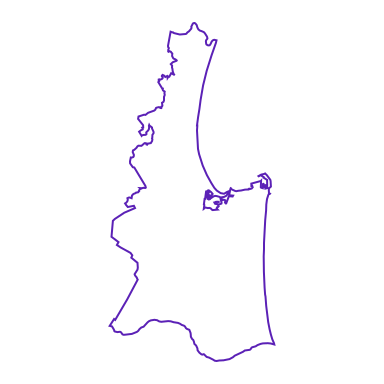 the district of Napier City, Hawke's Bay, New Zealand
{"feature_id": "76426892B22916001519888", "entity_name": "Napier City", "entity_type": "district", "adm_level": 2, "iso_a3": "NZL", "parent_name": "New Zealand", "parent_adm1": "Hawke's Bay", "projection": "mercator", "projection_center": [176.876, -39.479], "detail": "fine", "context": "isolated", "style": "outline", "palette": "violet", "viewbox_px": 384, "rotation_deg": 0, "n_neighbors": 0, "source": "geoboundaries", "source_scale": "gbopen_adm2", "svg_char_len": 6018}
<svg xmlns="http://www.w3.org/2000/svg" viewBox="0 0 384 384"><path d="M274.3,344.5L274.0,343.2L272.3,339.3L270.9,334.6L269.6,329.3L268.2,322.1L266.2,305.8L265.5,296.5L265.1,294.5L264.6,287.7L263.9,271.9L263.7,256.3L264.0,249.2L264.0,242.9L265.2,220.2L266.1,210.5L266.3,204.5L267.0,199.1L268.3,195.0L268.8,194.0L269.7,194.0L269.9,193.7L269.0,193.5L268.8,189.8L269.1,188.0L270.4,187.2L270.9,186.5L270.6,181.1L270.3,179.8L266.8,175.1L265.1,173.5L264.8,173.8L261.2,174.6L258.5,176.1L258.7,176.3L260.7,175.2L263.8,177.2L263.7,177.7L267.1,179.9L267.2,188.1L265.4,188.6L265.3,185.1L264.9,185.1L265.0,187.8L263.9,185.9L264.0,185.6L263.4,184.5L263.5,183.9L263.3,183.8L263.0,184.0L262.8,188.2L261.1,187.7L260.8,187.3L261.1,180.7L260.8,181.0L251.3,183.6L251.4,186.0L252.2,185.8L252.7,187.3L251.7,188.5L250.1,189.0L249.4,189.1L248.5,188.1L248.9,189.1L248.6,189.5L245.1,189.6L241.1,190.5L238.1,190.8L236.3,191.2L235.3,191.0L232.4,189.7L230.8,188.7L230.9,188.3L230.7,188.2L230.3,189.2L229.4,194.0L229.1,194.3L229.7,195.3L233.1,195.6L232.6,196.5L228.9,196.2L226.2,203.4L225.9,203.5L225.0,202.6L225.2,201.4L225.5,201.2L224.9,200.0L223.1,199.6L223.0,200.0L222.4,200.2L221.8,199.8L221.5,198.9L220.9,198.8L220.5,197.5L224.1,196.9L226.4,195.7L227.3,194.4L227.9,191.6L226.9,192.0L224.2,193.7L223.7,193.7L220.6,193.1L216.8,190.6L214.3,187.8L211.3,183.0L206.9,175.1L202.7,165.5L199.1,154.2L198.0,148.9L197.0,130.4L197.3,126.1L197.3,125.4L197.0,125.4L198.1,117.1L199.4,109.1L200.6,99.9L203.1,85.4L206.7,70.8L211.6,55.2L215.9,42.9L216.5,40.3L214.2,39.8L213.2,40.1L212.3,40.8L211.4,42.1L210.8,43.6L209.9,45.0L209.5,45.3L208.1,45.4L206.6,44.6L206.2,43.9L205.9,41.4L206.1,40.3L207.4,38.6L207.2,37.2L206.8,36.3L204.9,33.3L203.8,32.1L201.5,31.1L199.9,30.6L198.4,29.4L197.4,27.5L196.7,25.1L195.4,23.5L194.6,23.0L193.3,23.2L192.8,23.7L191.3,26.7L191.5,27.8L191.2,28.7L189.0,31.3L187.3,32.5L186.4,33.7L185.6,34.0L179.8,34.5L174.0,33.1L172.9,32.3L172.4,32.4L170.6,31.7L168.0,45.9L168.2,47.2L168.7,47.7L168.8,48.5L168.3,49.6L168.2,51.5L168.5,51.8L169.6,51.2L170.9,51.8L171.4,52.6L172.3,53.5L172.1,56.0L173.2,58.2L173.6,58.6L175.5,59.4L176.7,60.4L176.5,60.8L172.8,62.2L170.8,64.1L172.1,65.6L172.0,67.6L172.4,68.7L172.7,71.2L173.6,73.9L174.7,75.1L171.2,73.2L169.3,76.7L168.5,76.5L167.6,77.9L167.5,76.6L167.2,76.0L165.3,77.0L164.1,75.6L162.6,74.9L161.9,75.7L161.9,76.4L162.7,77.3L162.6,78.3L162.0,78.9L160.2,79.7L159.3,79.3L158.7,79.5L158.7,80.4L159.1,81.3L158.3,82.1L162.2,88.5L162.8,88.6L162.6,89.3L163.0,90.4L164.7,91.6L164.4,93.1L164.7,94.5L164.6,95.4L164.0,96.8L164.0,100.4L163.5,101.8L162.0,102.8L162.4,105.7L162.1,106.2L161.3,106.7L161.5,107.8L161.3,108.1L160.4,108.0L159.0,107.1L156.8,107.6L156.0,108.0L155.3,109.7L154.2,110.6L148.1,112.8L145.5,114.9L144.1,114.7L138.5,116.5L138.1,118.9L143.1,125.2L143.2,127.5L142.3,127.7L142.6,128.2L142.7,129.4L141.2,130.1L139.1,131.7L141.6,135.8L141.8,135.5L143.2,135.0L145.7,134.8L146.5,134.0L146.2,132.7L146.3,132.3L148.1,130.5L148.8,129.4L149.1,127.8L149.1,126.3L148.9,125.9L149.2,125.0L149.7,126.0L150.4,126.2L152.0,127.5L152.0,128.4L153.5,131.7L153.6,132.8L153.5,133.3L152.4,134.9L152.3,137.5L152.0,138.5L152.4,139.2L152.1,141.0L150.8,143.1L147.9,143.6L147.1,144.7L146.4,144.4L146.4,143.4L145.0,143.1L144.5,143.2L141.5,145.8L138.4,145.7L137.4,146.4L136.5,147.8L134.3,149.8L133.0,150.4L132.7,152.1L133.9,154.9L133.7,156.4L133.3,157.0L132.9,157.2L131.6,157.6L130.8,157.5L130.0,161.3L130.1,163.4L132.8,167.2L134.3,167.5L145.4,185.9L145.8,187.6L145.2,188.0L143.7,187.8L141.8,188.2L140.0,188.1L140.8,188.8L139.7,189.3L138.8,191.1L139.0,191.3L138.1,192.3L136.0,192.6L135.6,193.1L133.4,194.0L132.0,195.5L131.6,198.2L129.6,197.5L128.6,197.6L127.4,198.2L127.8,199.8L127.3,201.4L126.1,202.8L125.1,203.4L126.1,205.0L127.8,207.0L133.9,205.8L135.0,208.1L124.3,212.7L114.9,218.9L112.9,220.8L111.5,236.8L118.5,242.1L116.9,245.0L120.7,247.5L130.5,252.9L132.3,255.3L131.3,257.7L137.5,262.8L137.8,267.6L137.5,269.6L134.6,274.2L135.1,275.5L136.8,277.6L137.1,278.6L137.7,279.6L127.2,299.4L115.2,319.9L114.1,319.0L109.7,325.9L112.0,326.4L113.5,328.9L114.2,330.3L114.4,331.2L114.8,331.5L117.4,332.1L119.9,331.8L120.4,331.9L121.1,332.4L122.5,334.4L123.7,334.8L125.1,334.7L131.9,333.9L136.9,331.9L138.2,330.9L139.4,329.2L141.3,327.5L143.6,326.7L147.6,322.3L149.0,321.2L150.8,320.4L154.4,319.8L157.1,320.2L159.2,321.4L161.3,321.8L168.2,321.1L170.7,321.3L173.6,322.2L178.0,322.9L180.1,323.8L181.7,324.9L184.0,325.7L184.9,326.4L186.0,328.2L186.9,328.9L189.3,329.8L190.5,332.8L190.7,334.0L190.9,336.8L192.1,339.0L193.2,339.9L193.9,341.6L194.4,343.9L196.1,345.5L197.4,348.3L197.6,350.3L199.4,352.7L201.5,354.4L202.6,354.6L203.5,354.2L204.0,354.3L206.6,356.9L209.1,357.6L213.2,359.7L214.7,360.7L216.6,361.0L219.2,360.5L223.5,360.3L229.5,359.1L233.0,357.2L234.7,355.7L243.0,351.8L244.8,350.5L249.8,349.8L250.6,349.2L251.4,347.9L252.1,347.3L255.7,346.3L257.5,345.1L260.6,343.9L262.9,343.4L267.8,343.2L270.8,343.5L274.3,344.5ZM207.8,190.6L208.2,190.3L208.9,190.4L211.1,192.1L212.6,193.9L212.4,194.5L211.0,195.7L209.8,195.4L210.7,196.0L208.9,196.5L207.7,198.5L207.5,198.4L207.5,198.8L208.2,199.2L208.8,199.5L209.7,199.2L209.5,198.6L209.5,197.4L210.0,197.7L210.1,198.0L210.9,198.2L213.7,196.3L215.2,195.9L216.8,196.1L219.6,196.9L220.2,197.3L221.6,202.9L221.4,203.6L218.6,204.6L215.0,203.3L215.1,202.8L215.5,202.1L217.3,201.8L218.1,202.2L219.6,201.6L218.4,201.9L217.2,201.7L215.7,201.9L215.2,202.1L214.9,202.7L214.5,202.7L215.1,203.8L217.6,204.3L218.5,204.9L218.2,205.5L218.6,206.4L217.8,207.1L217.3,207.1L217.1,207.4L217.2,207.7L216.6,208.3L216.6,208.7L217.6,209.6L212.7,210.1L212.3,210.0L210.6,208.3L209.3,207.9L207.9,208.1L204.9,207.4L204.2,208.1L204.2,208.5L203.8,208.8L204.3,205.2L204.2,204.5L203.9,204.4L204.6,198.9L205.1,198.9L206.2,190.7L206.5,191.5L206.5,192.6L206.1,194.0L206.4,194.3L206.4,195.0L206.1,195.9L206.2,197.0L206.6,197.2L207.2,196.1L209.0,195.4L208.8,195.0L209.6,195.2L207.9,194.5L208.2,193.7L208.0,193.1L208.3,192.7L208.7,192.8L208.9,192.5L208.3,191.1L207.8,190.6Z" fill="none" stroke="#5b21b6" stroke-width="2"/></svg>